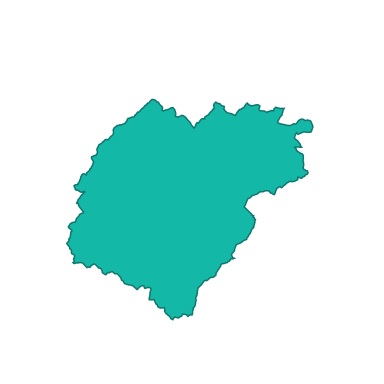 the district of Lauricocha, Huánuco, Peru, rotated 53°
{"feature_id": "86281439B71968127202284", "entity_name": "Lauricocha", "entity_type": "district", "adm_level": 2, "iso_a3": "PER", "parent_name": "Peru", "parent_adm1": "Huánuco", "projection": "orthographic", "projection_center": [-76.689, -10.174], "detail": "fine", "context": "isolated", "style": "filled", "palette": "teal", "viewbox_px": 384, "rotation_deg": 53, "n_neighbors": 0, "source": "geoboundaries", "source_scale": "gbopen_adm2", "svg_char_len": 6026}
<svg xmlns="http://www.w3.org/2000/svg" viewBox="0 0 384 384"><g transform="rotate(53 192 192)"><path d="M270.4,198.1L268.8,199.0L265.9,198.3L265.3,197.1L264.6,193.7L264.0,192.9L263.2,192.4L261.1,188.9L260.9,188.2L261.0,186.8L261.8,184.4L262.0,182.3L261.8,179.8L262.8,176.9L262.1,176.4L261.5,175.2L261.4,173.8L260.3,172.0L260.1,170.3L258.2,167.4L257.5,165.6L257.5,164.0L257.0,163.6L256.6,163.8L256.3,163.6L255.7,161.9L254.7,161.3L254.5,160.4L253.8,159.7L253.2,159.6L252.1,157.9L251.5,158.4L250.1,157.8L249.4,158.3L248.0,157.0L247.7,157.7L247.0,158.1L246.6,157.8L246.3,158.0L246.1,157.7L245.0,157.8L235.2,159.3L234.5,157.3L231.5,152.5L231.0,151.3L231.6,148.9L231.1,146.4L232.9,140.8L232.7,138.4L233.1,136.8L234.0,136.0L234.7,134.7L235.1,132.6L237.6,129.8L240.0,129.9L241.2,128.9L242.5,128.6L243.5,128.0L243.6,127.6L243.0,126.5L240.3,122.5L240.4,118.9L241.0,118.3L242.2,118.1L242.5,117.7L242.3,115.4L242.0,114.9L242.3,112.8L241.8,111.6L242.5,107.0L243.9,106.1L245.1,103.7L245.8,100.2L244.9,99.3L243.9,98.9L243.8,98.5L244.7,97.7L246.7,96.7L247.0,95.5L246.6,94.6L247.3,92.6L246.7,91.8L246.7,90.7L247.2,89.3L247.0,88.5L246.2,87.6L244.5,87.1L243.6,88.1L241.7,88.6L241.0,89.1L240.1,89.1L237.1,86.0L235.7,85.5L234.7,84.6L233.6,84.4L231.9,82.6L229.9,81.3L228.8,80.9L227.5,81.1L226.7,81.9L222.9,83.3L221.4,83.5L220.6,82.9L218.1,83.0L219.7,80.3L221.6,78.4L222.2,77.5L220.4,77.6L219.5,76.9L217.3,76.8L214.4,76.9L211.5,77.8L210.2,77.3L208.5,75.1L207.6,72.8L209.7,72.7L211.2,66.6L214.8,62.7L215.7,60.6L212.8,56.3L212.2,55.9L207.0,54.5L205.8,55.0L204.1,56.4L203.0,58.7L201.0,59.4L200.1,60.1L199.2,61.9L199.1,64.2L199.9,66.4L200.2,67.8L200.0,68.5L198.7,69.7L198.4,72.4L197.9,73.7L196.6,75.4L191.8,79.4L191.6,80.2L190.3,80.5L188.9,81.7L187.9,81.7L187.2,80.8L185.3,76.7L184.9,75.7L184.9,74.1L181.2,69.6L180.7,68.1L179.9,69.3L179.2,69.9L178.6,71.2L174.7,74.2L175.1,76.9L176.0,77.6L176.2,78.1L174.6,79.7L174.0,82.4L173.4,83.2L173.5,84.4L170.8,85.5L168.4,88.5L166.9,89.0L165.9,88.3L164.3,86.1L163.8,86.0L161.9,86.9L161.5,87.3L158.9,93.0L157.8,93.3L156.7,94.2L154.3,94.3L154.2,95.3L155.0,98.0L155.8,99.4L155.3,101.6L155.6,103.1L154.8,104.0L154.8,105.3L155.9,109.1L157.1,111.3L153.0,113.5L150.4,115.9L149.6,116.2L147.2,116.8L145.9,116.6L145.0,116.8L143.8,115.2L142.8,114.8L141.5,116.0L139.8,116.6L138.4,116.6L137.5,117.2L137.1,118.1L134.6,118.8L134.7,120.8L135.7,122.6L137.8,123.4L138.6,124.4L138.4,125.2L139.2,127.3L139.3,129.5L140.2,132.7L139.8,136.3L140.1,137.0L141.3,138.0L139.5,139.7L139.6,141.6L140.8,145.4L139.8,146.1L139.7,146.4L140.4,148.3L141.8,150.3L142.1,151.9L138.1,152.2L135.5,151.6L132.0,152.1L128.4,152.2L126.1,152.9L124.8,153.8L123.8,158.0L121.5,159.7L121.1,159.6L120.2,158.2L118.7,157.3L115.8,156.3L113.6,156.3L113.0,156.6L112.5,157.5L112.1,158.5L112.0,160.7L110.3,164.6L109.9,166.4L108.5,166.6L107.2,164.9L105.5,164.5L103.6,165.1L100.1,164.9L99.7,165.0L99.2,165.8L98.3,165.7L96.2,166.2L94.0,168.1L94.3,171.0L94.9,172.8L94.3,174.1L95.0,176.1L94.6,177.1L95.4,180.2L95.3,181.9L96.2,185.9L96.0,187.0L95.4,187.4L96.4,189.8L96.2,191.3L96.7,191.6L97.2,193.5L96.2,194.4L95.7,195.9L95.7,197.2L94.7,198.6L95.1,200.0L96.0,201.1L96.0,201.8L96.8,203.5L96.6,205.3L95.7,208.2L94.7,209.6L94.7,210.6L93.8,211.8L94.1,213.7L93.9,215.3L94.9,217.5L97.6,219.1L98.8,220.9L98.8,223.6L99.7,227.4L98.0,229.6L98.4,232.4L98.2,233.2L98.8,235.0L98.2,237.6L100.6,242.3L103.3,243.5L104.3,244.8L104.4,245.8L105.0,246.6L104.1,248.1L103.9,249.7L103.4,250.9L104.6,252.0L107.8,252.3L109.2,252.8L110.2,255.0L111.0,255.6L111.6,257.6L112.2,258.3L112.2,259.9L112.9,260.6L113.2,261.9L113.3,264.6L114.7,266.0L113.1,266.9L112.1,267.8L111.9,268.2L111.9,269.3L113.0,271.7L114.7,273.5L115.0,274.6L116.1,275.9L116.5,277.9L117.4,278.7L116.0,281.0L116.1,282.6L118.8,283.1L119.6,283.3L119.9,283.8L120.3,283.7L121.9,282.2L124.8,281.1L125.6,280.5L126.7,277.7L127.4,277.5L127.5,279.7L127.9,280.6L128.0,282.1L129.2,285.6L129.8,288.0L130.5,288.6L131.3,290.8L131.9,290.8L132.6,289.8L133.0,289.7L134.0,290.5L135.2,290.8L141.6,290.8L142.8,290.5L143.2,291.7L142.6,292.8L142.3,295.2L143.3,297.4L143.5,299.5L144.0,300.7L145.3,302.4L145.7,303.5L144.7,305.1L144.0,307.9L145.4,311.8L146.5,311.9L150.1,311.1L150.9,311.4L150.9,312.3L151.4,313.2L155.0,316.6L155.3,318.4L157.4,320.4L157.3,322.0L157.6,322.8L158.9,323.2L161.0,322.9L162.7,323.1L163.7,323.9L164.8,323.4L166.0,323.4L168.2,325.0L169.2,325.1L170.7,324.0L172.1,324.1L173.2,324.9L174.2,326.9L176.4,327.7L176.8,328.4L176.7,329.5L177.5,329.5L178.4,328.9L179.1,326.6L180.1,325.9L180.6,324.3L182.7,322.1L189.2,321.4L189.5,320.0L190.7,319.0L190.7,318.0L190.1,317.4L190.0,316.5L190.4,315.4L190.3,314.0L191.0,313.1L192.7,312.6L196.6,312.3L197.7,311.2L198.4,310.9L200.3,311.0L202.4,312.1L205.0,311.3L205.9,310.9L206.3,310.3L205.5,307.9L206.8,306.7L206.8,305.3L207.8,303.5L211.1,302.7L211.4,301.9L212.2,301.1L213.0,300.8L216.2,300.5L218.2,300.6L219.8,301.3L221.8,300.5L223.3,301.0L224.8,300.8L228.2,298.4L229.5,296.7L230.6,296.3L231.1,295.7L236.8,294.6L237.0,294.3L236.4,291.5L236.4,289.3L236.8,288.2L237.6,287.4L238.5,287.0L239.7,287.6L240.5,287.6L241.0,286.9L241.3,285.5L241.9,284.4L243.1,283.1L244.9,283.1L246.9,285.9L249.4,288.0L251.1,290.2L252.4,291.0L255.2,287.0L259.6,288.2L261.0,287.6L262.9,288.3L264.0,288.1L265.7,287.1L266.6,285.4L267.3,284.8L267.6,283.7L269.5,284.4L270.7,285.7L273.8,285.9L274.7,285.4L276.3,285.3L277.9,284.7L280.5,285.1L282.4,284.2L281.7,282.5L281.6,280.9L284.4,278.7L284.6,277.9L284.4,276.5L285.0,275.3L284.2,273.6L284.1,272.6L286.7,270.2L288.8,270.3L289.0,269.7L288.7,267.9L290.2,266.0L289.6,264.9L287.4,263.2L286.6,261.7L285.4,260.8L285.2,259.2L284.3,257.6L281.6,254.8L280.9,253.7L279.6,253.4L279.0,252.8L278.4,252.2L277.6,250.3L276.5,249.7L276.2,248.6L274.9,247.9L272.3,244.9L271.7,240.2L270.3,235.6L270.7,234.4L271.6,233.7L271.7,232.1L271.4,230.0L271.6,228.1L272.5,227.1L272.9,226.1L272.8,223.0L271.2,221.5L268.4,213.7L267.3,212.6L267.6,210.4L268.3,209.9L268.8,207.9L269.6,206.5L269.3,204.9L269.7,203.7L268.9,201.3L269.1,200.6L270.1,199.3L270.4,198.1Z" fill="#14b8a6" stroke="#0f766e" stroke-width="1.5"/></g></svg>